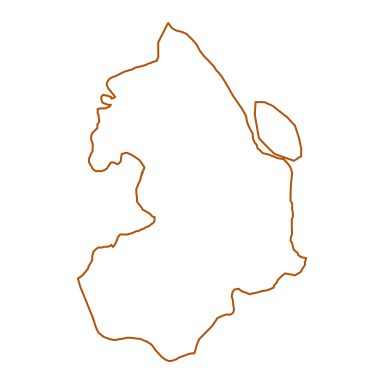 Al-Maragha, Suhaj, Egypt (Robinson projection)
{"feature_id": "37247803B96203293605859", "entity_name": "Al-Maragha", "entity_type": "district", "adm_level": 2, "iso_a3": "EGY", "parent_name": "Egypt", "parent_adm1": "Suhaj", "projection": "robinson", "projection_center": [31.569, 26.668], "detail": "fine", "context": "isolated", "style": "outline", "palette": "amber", "viewbox_px": 384, "rotation_deg": 0, "n_neighbors": 0, "source": "geoboundaries", "source_scale": "gbopen_adm2", "svg_char_len": 4276}
<svg xmlns="http://www.w3.org/2000/svg" viewBox="0 0 384 384"><path d="M306.1,258.1L305.8,258.1L305.4,258.0L301.2,257.1L298.2,255.0L297.6,252.9L296.2,251.8L294.3,250.3L293.4,248.9L292.7,245.9L292.2,243.3L290.6,240.8L290.7,237.9L291.7,235.1L292.0,234.2L292.0,231.7L291.9,228.6L291.8,223.3L291.8,222.8L291.8,219.6L292.9,216.3L292.8,211.8L292.0,209.2L292.3,205.2L291.8,202.6L290.5,200.8L290.6,196.0L290.7,189.4L290.9,185.5L291.5,178.8L292.2,173.2L290.8,168.3L289.3,165.5L285.9,161.5L283.6,159.2L277.9,158.2L272.2,156.0L268.3,154.4L265.0,153.7L262.5,153.1L260.9,151.1L260.1,150.4L257.5,148.3L256.8,145.0L254.8,142.8L253.0,138.7L252.6,133.5L249.6,128.1L247.2,122.5L245.9,115.7L241.6,108.2L238.8,104.2L236.3,100.5L232.7,95.3L229.1,88.8L225.1,82.0L224.1,80.4L224.0,80.2L221.4,76.2L218.7,72.7L216.7,70.9L214.9,68.1L213.7,66.1L211.0,63.5L207.7,59.8L204.5,56.8L200.0,50.9L196.4,44.2L192.2,39.5L186.4,33.9L181.8,31.9L176.2,30.5L172.3,28.3L170.7,26.3L168.3,23.3L168.2,23.2L167.5,24.0L165.2,28.6L163.8,31.5L162.5,33.9L158.2,42.5L158.2,48.2L158.3,54.5L158.3,57.2L156.8,59.9L156.8,60.8L153.2,61.9L151.6,62.5L149.9,63.3L149.0,63.3L145.6,65.0L139.6,66.7L135.3,67.6L132.7,69.3L126.7,71.0L124.1,71.8L115.5,76.2L112.9,77.0L109.4,78.8L107.7,81.4L106.8,83.2L106.7,85.0L107.6,86.8L108.4,88.6L109.2,89.5L115.1,96.8L114.2,97.7L111.6,98.6L110.8,96.8L107.4,95.8L103.1,94.8L102.5,95.4L101.4,96.6L101.3,99.3L102.1,102.0L103.0,102.9L108.1,104.8L110.6,104.8L109.7,106.6L105.4,108.3L101.2,108.3L97.7,109.1L97.7,111.8L97.6,112.7L98.5,114.5L98.4,115.4L99.2,119.9L99.2,121.7L97.4,124.4L97.4,128.0L94.7,130.6L93.0,132.4L92.1,133.3L91.2,135.9L91.2,138.6L91.1,139.5L92.8,144.1L92.7,145.9L92.7,148.5L92.7,149.4L92.6,151.2L90.9,153.9L90.0,156.6L89.1,158.4L89.0,160.2L89.0,162.0L89.8,163.8L91.5,166.5L92.3,168.3L94.0,170.1L95.7,171.1L97.4,171.1L99.1,171.1L101.6,171.2L103.4,170.3L104.2,170.3L106.8,168.6L108.6,165.9L110.3,163.2L111.2,162.4L113.8,162.4L115.5,163.3L117.2,164.3L118.9,163.4L120.6,161.6L121.6,154.5L122.2,153.9L125.9,152.8L126.8,152.8L131.0,154.6L132.7,155.6L134.4,156.5L139.5,160.2L142.8,164.7L144.4,167.5L143.5,170.2L142.7,171.0L142.6,172.8L141.8,172.8L141.7,175.5L140.9,176.4L140.8,178.2L139.9,180.9L139.1,182.4L138.7,183.2L138.1,184.4L137.2,187.1L136.3,188.9L136.3,192.5L137.0,197.9L136.9,201.5L140.3,206.0L141.1,206.9L142.8,209.7L144.5,210.6L147.8,212.5L149.5,213.4L150.4,214.3L152.0,216.1L153.7,217.1L154.6,217.1L154.6,217.7L154.5,218.9L154.5,220.7L153.6,222.5L150.2,225.1L149.3,226.0L146.1,227.2L145.0,227.7L144.1,228.6L141.5,229.4L139.8,230.3L138.1,231.2L136.4,231.1L134.6,232.0L132.9,232.9L126.9,234.5L123.0,234.5L120.1,234.4L117.4,238.0L117.4,238.9L115.6,243.3L113.9,246.0L113.0,246.9L111.3,245.0L110.4,245.9L109.0,246.3L107.0,246.8L104.4,246.7L101.9,247.6L98.4,247.5L95.8,249.3L93.2,251.9L93.2,253.7L92.3,255.5L92.2,260.0L91.3,261.8L88.7,266.2L87.8,268.9L84.3,273.3L81.7,276.0L77.9,278.5L78.9,282.0L80.5,287.4L85.4,299.2L88.6,307.3L92.7,317.3L95.9,327.2L98.4,332.6L101.8,335.4L104.3,337.2L110.2,339.2L114.5,340.1L118.8,339.3L123.9,338.5L127.3,337.7L131.6,337.8L138.4,338.8L140.0,338.8L144.4,340.7L146.9,341.6L151.1,344.4L152.8,346.2L155.3,349.9L158.6,353.5L161.1,356.3L164.5,359.0L166.2,360.0L168.7,360.9L171.3,361.0L173.9,360.1L176.4,359.3L179.0,357.5L188.5,354.1L191.9,353.3L194.4,353.3L195.5,349.9L196.5,345.5L199.2,339.2L203.5,334.8L209.6,328.6L212.2,326.0L214.0,323.3L215.8,320.7L217.5,318.0L223.5,315.4L225.4,314.8L226.1,314.6L230.4,314.6L233.0,312.9L233.4,311.8L234.0,310.3L233.9,309.0L233.8,308.4L233.5,306.0L233.2,304.8L233.1,302.1L233.0,301.2L232.6,299.3L231.7,296.7L231.8,295.8L232.0,294.9L232.2,293.3L232.5,292.2L234.3,289.6L235.2,289.4L238.6,288.7L242.0,291.5L242.8,291.5L244.5,292.4L246.2,292.5L247.1,293.4L247.9,293.4L249.6,294.3L252.2,293.5L256.5,292.7L260.9,291.4L262.5,291.0L267.6,290.2L273.6,287.6L274.6,284.9L276.3,283.2L277.2,281.4L278.1,279.6L281.6,276.1L285.2,273.4L285.9,273.5L290.1,274.4L291.8,274.5L294.4,275.4L296.1,274.6L299.6,272.8L301.3,271.1L303.1,267.5L304.0,266.6L304.9,264.8L304.9,262.1L305.8,259.5L306.1,258.1ZM283.2,157.0L293.9,160.8L301.1,156.3L301.2,148.8L299.1,138.3L294.9,125.5L287.1,117.2L278.5,110.5L272.8,105.9L264.2,102.1L255.6,102.1L254.8,114.9L258.9,138.1L267.5,147.2L274.6,154.0L283.2,157.0Z" fill="none" stroke="#b45309" stroke-width="2"/></svg>